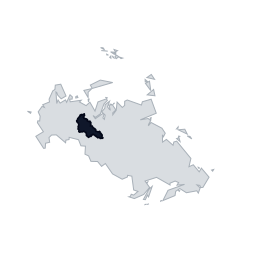 Russia, with Khanty-Mansiy highlighted, rotated 31°
{"feature_id": "RUS-2396", "entity_name": "Khanty-Mansiy", "entity_type": "Autonomous Province", "adm_level": 1, "iso_a3": "RUS", "parent_name": "Russia", "parent_adm1": "", "projection": "mercator", "projection_center": [69.975, 62.153], "detail": "fine", "context": "in_parent", "style": "filled", "palette": "ink", "viewbox_px": 256, "rotation_deg": 31, "n_neighbors": 0, "source": "natural_earth", "source_scale": "10m", "svg_char_len": 7574}
<svg xmlns="http://www.w3.org/2000/svg" viewBox="0 0 256 256"><g transform="rotate(31 128 128)"><path d="M169.8,185.2L164.2,186.5L165.2,185.5L164.9,183.1L167.4,182.6L169.2,177.2L164.8,178.2L156.1,167.3L152.0,168.8L152.7,170.3L149.4,174.9L138.4,175.3L126.9,170.1L125.1,174.5L119.2,172.4L113.4,175.7L108.6,172.2L104.6,172.6L100.9,165.5L96.8,167.5L91.6,163.5L82.4,166.3L83.4,168.3L81.0,170.4L82.1,172.8L70.1,170.8L66.1,173.4L65.2,176.9L68.2,180.6L65.2,183.5L67.4,187.9L66.2,188.9L53.3,182.6L57.4,174.8L47.6,170.1L47.0,168.3L48.7,167.5L46.6,163.1L42.7,160.4L43.2,153.8L45.7,153.4L42.9,152.0L47.3,146.1L45.5,143.9L44.4,135.0L45.5,132.6L43.6,128.7L47.8,125.1L58.4,132.5L55.7,137.4L50.8,136.0L48.9,134.4L47.7,134.2L54.3,143.7L53.6,140.0L57.0,141.6L59.9,136.1L62.2,137.6L61.2,129.4L64.3,130.0L65.2,132.0L63.1,133.4L65.0,135.3L73.6,128.3L73.0,130.7L80.6,130.4L82.0,125.5L91.0,130.5L88.8,121.1L94.5,114.1L96.1,115.0L95.0,119.7L97.0,130.0L94.6,135.6L91.6,135.3L95.2,136.9L98.8,128.8L100.4,128.4L101.3,132.3L103.3,132.8L101.8,128.7L97.2,127.7L97.9,122.9L96.4,119.8L98.4,114.5L99.5,120.4L102.6,121.7L103.4,121.6L99.9,118.0L102.8,116.2L108.3,118.8L107.1,122.9L108.2,124.6L108.8,118.9L105.3,111.4L112.5,113.3L113.5,110.4L111.4,106.8L112.9,104.4L127.7,101.4L126.8,98.1L133.0,91.4L144.6,100.8L134.3,114.7L140.4,109.5L143.6,110.0L143.8,114.4L144.0,115.1L144.4,115.2L144.9,111.4L157.2,110.7L162.6,113.3L162.9,117.3L161.0,116.1L164.9,122.3L166.8,118.0L175.5,119.6L174.5,116.4L176.5,114.2L197.6,121.7L200.2,129.8L202.9,125.9L211.6,128.9L211.6,124.6L222.8,128.4L222.8,140.3L221.1,141.6L219.1,140.2L216.4,141.3L220.7,142.2L221.8,147.6L219.3,146.4L211.4,153.4L203.6,153.2L201.5,157.7L203.1,161.7L195.3,172.2L194.4,160.8L205.5,147.2L199.4,151.8L199.5,148.7L195.7,149.2L192.4,153.7L193.4,155.2L177.9,155.6L169.9,164.7L177.1,167.8L175.7,176.9L169.8,185.2ZM91.5,96.9L77.0,112.5L73.6,110.6L79.6,101.2L91.5,96.9ZM178.8,165.6L181.1,176.5L179.2,175.5L179.8,180.5L178.0,181.3L177.5,169.8L178.8,165.6ZM70.8,118.5L76.7,112.9L75.4,117.9L78.1,122.4L70.8,118.5ZM171.9,103.7L177.3,99.8L181.9,102.7L171.9,103.7ZM122.3,76.8L128.2,84.2L120.0,80.8L122.3,76.8ZM120.4,70.1L125.7,72.6L118.2,75.0L120.4,70.1ZM130.1,81.8L134.5,86.5L127.4,89.7L130.1,81.8ZM182.8,104.3L185.5,103.3L188.3,104.5L182.8,104.3ZM33.2,165.4L36.7,164.2L36.9,165.6L33.2,165.4ZM68.0,73.9L71.1,72.6L65.2,75.4L68.0,73.9ZM176.8,110.2L179.6,112.8L175.1,112.0L176.8,110.2ZM69.4,127.7L67.8,129.2L67.1,128.2L67.9,126.6L69.4,127.7ZM73.9,71.7L76.8,70.3L78.2,71.9L73.9,71.7ZM83.5,71.6L82.2,74.6L80.1,73.5L80.6,71.5L83.5,71.6ZM86.3,72.1L83.9,71.7L87.4,70.8L86.3,72.1ZM79.8,123.3L80.6,126.0L79.1,124.0L79.8,123.3ZM120.9,78.1L119.0,79.6L117.7,77.6L120.9,78.1ZM75.6,67.9L79.2,67.1L77.9,69.3L75.6,67.9ZM222.8,121.4L221.3,121.0L222.8,119.4L222.8,121.4ZM65.3,72.1L67.6,73.0L63.1,73.2L65.3,72.1ZM94.7,113.1L92.7,113.4L94.7,112.8L94.7,113.1ZM142.5,107.2L143.3,109.2L141.8,108.1L142.5,107.2ZM210.3,125.5L209.0,126.1L208.4,125.5L210.3,125.5ZM79.1,75.3L77.4,74.2L80.1,75.1L79.1,75.3ZM78.6,69.4L79.7,71.6L77.6,70.2L78.6,69.4ZM184.9,182.2L184.6,182.8L183.7,183.8L184.9,182.2ZM76.2,75.1L77.4,77.0L75.9,76.8L76.2,75.1ZM102.7,115.8L101.2,116.6L100.9,116.5L102.7,115.8ZM204.6,155.9L203.6,155.6L204.6,155.1L204.6,155.9ZM176.6,108.5L176.0,109.9L175.6,108.8L176.6,108.5ZM172.7,163.9L172.8,165.0L172.2,164.8L172.7,163.9ZM194.5,172.6L193.7,174.0L193.5,173.6L194.5,172.6ZM73.7,75.6L72.2,76.3L71.7,75.7L73.7,75.6ZM103.6,113.4L103.3,114.8L103.0,114.4L103.6,113.4ZM171.0,102.3L170.1,103.4L170.4,101.2L171.0,102.3ZM182.0,184.7L183.3,183.7L182.0,184.9L182.0,184.7Z" fill="#d9dde1" stroke="#a8b0b8" stroke-width="1"/><path d="M80.6,148.6L80.4,148.5L80.3,148.4L80.2,148.2L80.3,147.8L80.4,147.6L80.5,147.5L80.5,147.3L80.5,147.1L80.4,147.0L80.3,146.8L80.2,146.6L80.3,146.4L80.3,146.1L80.1,146.0L80.0,145.8L80.0,145.7L80.1,145.3L80.2,145.1L80.2,144.9L80.3,144.6L80.3,144.3L80.4,143.8L80.4,143.7L80.4,143.4L80.7,143.2L80.8,143.0L80.8,142.9L80.6,142.8L80.5,142.6L80.5,142.4L80.5,142.2L80.3,141.9L80.5,141.7L80.6,141.4L80.5,141.2L80.7,140.9L80.8,140.7L81.0,140.4L81.3,140.3L81.5,140.3L81.7,140.6L81.7,140.8L81.9,140.5L81.9,140.3L82.1,140.3L82.2,140.1L82.3,140.0L82.4,139.9L82.5,139.7L82.4,139.6L82.6,139.4L82.7,139.1L82.8,138.9L83.2,138.5L83.3,138.4L83.6,138.7L83.7,138.9L83.8,139.0L83.9,139.5L84.3,139.6L84.3,139.8L84.3,140.0L84.3,140.3L84.2,140.5L84.1,140.8L84.3,140.9L84.3,141.0L84.2,141.1L84.3,141.2L84.2,141.3L84.0,141.5L83.9,141.7L84.1,141.9L84.3,141.9L84.8,141.8L84.9,142.0L85.0,142.0L85.0,142.3L85.2,142.5L85.5,142.4L85.7,142.2L86.2,142.2L86.4,142.0L86.6,142.1L86.9,141.9L87.1,142.0L87.3,141.7L87.7,141.6L87.9,141.7L88.1,141.6L88.6,141.8L88.8,141.7L89.1,141.8L89.2,142.0L89.0,142.3L89.0,142.5L89.4,142.8L89.5,142.9L89.6,143.0L89.8,143.0L90.0,143.0L90.3,142.9L90.6,142.7L90.9,142.4L91.2,142.5L91.4,142.6L91.5,142.5L91.6,142.3L91.4,142.0L91.6,141.9L91.7,142.0L91.9,141.9L92.0,142.2L92.5,142.1L92.6,142.3L92.8,142.4L93.0,142.3L93.3,142.5L93.6,142.6L93.7,142.8L93.4,143.2L93.5,143.4L93.5,143.5L93.8,144.0L94.2,144.0L94.4,144.1L94.6,144.3L94.7,145.4L94.9,145.3L95.1,145.3L95.3,145.1L95.9,145.1L96.1,145.0L96.2,144.8L96.4,144.7L96.5,144.8L96.7,145.0L96.8,145.3L97.0,145.4L97.8,145.4L98.1,145.8L98.6,145.8L98.7,145.7L98.9,145.7L99.1,145.6L99.4,145.6L99.7,145.6L99.8,145.7L100.1,145.8L100.2,146.0L100.6,145.8L100.8,145.9L101.1,145.9L101.2,146.3L101.4,146.6L102.1,147.0L102.2,147.3L102.4,147.1L102.7,147.0L102.8,147.0L103.2,146.9L104.4,146.9L104.5,146.6L104.5,146.4L104.9,146.1L105.0,146.1L105.2,145.9L105.3,145.8L105.3,145.6L105.5,145.6L105.9,145.6L106.0,145.9L106.0,146.0L106.2,146.3L106.5,146.5L106.8,146.7L107.0,146.4L107.3,146.5L107.5,146.4L107.8,146.5L108.1,146.9L108.2,147.0L108.5,147.3L108.8,147.1L109.0,147.0L109.3,147.2L109.3,147.4L109.4,147.5L109.6,147.5L109.8,147.8L110.0,148.4L109.9,148.6L110.0,148.6L110.1,148.9L110.3,149.0L110.4,148.9L110.5,149.0L110.8,149.2L111.1,149.4L111.4,149.5L111.5,149.4L111.6,149.6L111.6,149.8L111.4,149.8L111.3,150.0L110.1,150.9L109.6,151.3L109.3,151.3L108.9,150.9L108.7,150.8L108.3,150.8L107.4,151.6L107.4,151.8L107.2,152.0L106.8,151.8L106.4,151.8L105.9,151.8L105.9,151.7L105.4,151.4L105.3,151.5L105.1,151.5L104.8,151.7L104.4,151.6L104.0,151.7L103.9,151.7L103.7,151.6L103.8,151.4L103.7,151.4L103.4,151.3L103.2,151.4L102.8,151.4L102.4,151.4L102.1,151.5L102.0,151.4L101.9,151.3L101.7,151.3L101.2,151.3L101.1,151.6L101.0,151.8L101.1,152.0L100.8,152.2L100.8,152.4L100.7,152.5L100.8,152.5L100.8,152.9L100.7,153.0L100.8,153.1L100.7,153.5L100.7,153.9L100.6,154.0L100.6,154.3L100.4,154.4L100.1,154.4L99.9,154.7L99.7,154.6L99.6,155.0L99.4,155.1L99.5,155.5L99.4,155.7L99.1,156.1L98.9,156.4L98.7,156.3L98.5,156.2L98.4,156.2L97.6,156.2L97.3,156.0L97.2,156.1L96.9,156.0L96.4,155.9L96.4,155.7L96.2,155.6L96.3,155.4L96.2,155.3L95.9,155.4L95.7,155.1L95.6,154.9L95.3,154.5L95.2,154.4L94.9,154.1L94.6,154.0L94.5,153.9L94.3,153.8L94.2,153.5L93.9,153.7L93.7,153.6L93.2,153.7L92.3,153.5L92.2,153.4L91.9,153.3L91.7,153.4L91.7,153.5L91.9,153.7L91.9,153.8L91.4,154.2L91.2,154.3L90.9,154.9L90.8,155.0L90.6,155.1L90.3,155.2L90.1,155.1L89.9,155.4L89.5,155.6L89.3,155.8L89.2,155.7L89.0,155.8L88.9,155.8L89.0,156.3L88.5,156.6L88.3,156.5L88.0,156.5L87.6,156.4L87.3,155.8L87.1,155.1L86.9,155.0L86.9,154.9L86.1,154.7L85.8,154.7L85.7,154.7L85.4,154.0L85.4,153.8L85.3,153.3L85.3,153.2L85.2,153.0L85.2,152.9L84.7,152.8L84.8,152.6L84.6,152.2L84.4,151.8L84.3,151.5L84.2,151.2L84.3,150.9L84.0,150.4L83.8,150.2L83.2,149.9L82.3,149.2L82.1,149.2L81.8,149.2L81.5,149.1L81.0,149.1L80.9,149.0L80.9,148.8L80.9,148.7L80.7,148.5L80.6,148.6Z" fill="#0f172a" stroke="#020617" stroke-width="1.5"/></g></svg>